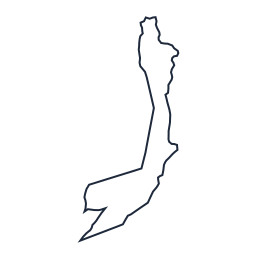 the district of Abreu e Lima, Pernambuco, Brazil, rotated 266°
{"feature_id": "56859067B28528753412154", "entity_name": "Abreu e Lima", "entity_type": "district", "adm_level": 2, "iso_a3": "BRA", "parent_name": "Brazil", "parent_adm1": "Pernambuco", "projection": "albers", "projection_center": [-34.996, -7.866], "detail": "fine", "context": "isolated", "style": "outline", "palette": "slate", "viewbox_px": 256, "rotation_deg": 266, "n_neighbors": 0, "source": "geoboundaries", "source_scale": "gbopen_adm2", "svg_char_len": 1523}
<svg xmlns="http://www.w3.org/2000/svg" viewBox="0 0 256 256"><g transform="rotate(266 128 128)"><path d="M86.7,138.6L74.1,85.2L69.9,82.3L65.3,80.6L61.9,79.7L58.6,80.5L55.6,80.8L50.6,80.0L47.7,78.8L49.8,82.3L48.5,88.7L48.1,93.0L48.4,95.4L49.5,99.7L44.8,95.4L40.5,92.0L37.7,89.9L35.6,87.9L33.8,85.8L30.9,84.8L28.7,83.2L26.1,79.4L22.7,75.7L19.0,72.6L30.7,111.2L32.3,116.2L35.7,118.4L40.5,121.7L41.6,124.8L47.2,134.2L52.1,142.6L56.5,145.0L62.8,148.5L66.6,152.2L68.4,153.6L70.4,154.9L74.0,154.5L76.5,154.5L77.9,156.7L78.6,159.0L83.3,160.3L88.6,161.3L90.8,162.4L92.9,163.9L95.2,166.7L96.8,168.4L98.7,170.4L100.8,173.0L102.7,175.8L107.7,175.7L108.8,173.0L109.1,170.4L111.4,168.1L113.9,167.6L116.8,167.9L119.2,168.1L122.1,168.3L130.3,170.2L138.5,171.1L143.3,170.6L151.2,169.0L154.5,168.5L158.6,167.7L160.3,170.4L164.7,171.1L168.1,171.3L173.2,174.9L175.7,175.7L178.3,175.3L180.6,174.8L183.7,175.9L187.4,178.5L190.0,177.8L192.3,176.4L194.7,177.0L196.3,178.9L196.6,182.0L199.2,183.4L201.5,183.0L204.3,179.6L207.2,177.9L209.3,173.6L209.7,170.4L210.5,167.0L213.8,164.8L216.3,164.8L218.7,166.1L221.3,165.9L225.9,163.9L229.1,163.0L232.5,163.9L236.6,163.2L236.5,160.5L235.5,157.3L237.0,153.5L233.4,151.4L232.2,147.9L229.4,148.1L227.2,149.0L223.7,149.0L221.3,149.3L218.8,146.7L216.2,145.9L212.5,145.2L208.9,144.8L205.4,144.2L201.5,144.5L196.9,144.9L192.2,144.1L188.8,144.6L185.9,146.7L182.8,148.9L177.4,150.2L170.0,151.4L146.1,155.2L129.8,150.9L110.0,145.7L102.2,143.7L86.7,138.6Z" fill="none" stroke="#1e293b" stroke-width="2"/></g></svg>